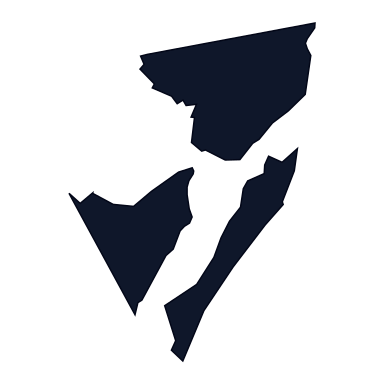 Aransas, United States of America (Equal Earth projection)
{"feature_id": "52423323B95001910303654", "entity_name": "Aransas", "entity_type": "district", "adm_level": 2, "iso_a3": "USA", "parent_name": "United States of America", "parent_adm1": "", "projection": "equal_earth", "projection_center": [-97.0, 28.078], "detail": "fine", "context": "isolated", "style": "filled", "palette": "ink", "viewbox_px": 384, "rotation_deg": 0, "n_neighbors": 0, "source": "geoboundaries", "source_scale": "gbopen_adm2", "svg_char_len": 1050}
<svg xmlns="http://www.w3.org/2000/svg" viewBox="0 0 384 384"><path d="M315.0,23.0L147.3,54.4L140.6,56.1L144.1,64.3L140.0,69.1L154.4,83.9L152.3,87.9L171.6,96.2L177.2,103.7L183.0,100.1L186.1,105.5L196.5,104.3L191.1,117.1L194.5,117.5L191.5,142.5L201.7,151.1L205.5,150.0L225.2,160.0L239.9,159.6L252.7,143.3L259.1,139.3L272.4,123.0L288.4,110.8L305.2,94.4L310.8,55.5L307.3,48.9L305.4,43.2L307.3,38.6L314.7,27.9L315.0,23.0ZM92.8,192.8L80.2,203.4L69.0,193.3L135.0,314.7L137.9,302.6L141.9,300.1L166.0,255.5L173.2,249.1L180.1,230.9L184.4,226.3L189.5,223.1L192.1,217.0L189.2,208.8L187.1,194.6L187.1,187.1L188.9,180.7L193.2,173.9L193.7,171.0L192.2,167.8L178.6,172.1L151.4,191.4L133.6,206.4L113.2,204.4L92.7,193.4L92.8,192.8ZM164.7,305.7L175.7,340.7L171.4,350.2L182.8,361.0L203.9,310.6L233.2,266.8L265.2,224.9L283.2,204.5L282.3,201.8L294.3,170.8L297.4,148.6L282.1,162.3L268.6,156.2L264.7,165.0L264.2,173.6L247.7,180.9L243.3,188.7L240.5,207.2L229.5,221.2L221.1,237.7L213.9,257.4L196.7,284.4L164.7,305.7Z" fill="#0f172a" stroke="#020617" stroke-width="1.5"/></svg>